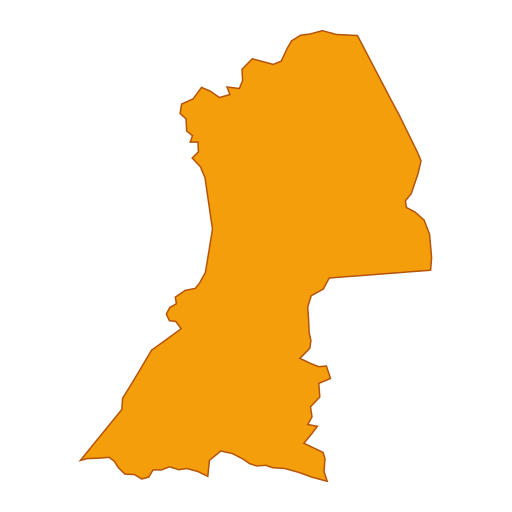 outline of Vertentes, Pernambuco, Brazil
{"feature_id": "56859067B5298585337072", "entity_name": "Vertentes", "entity_type": "district", "adm_level": 2, "iso_a3": "BRA", "parent_name": "Brazil", "parent_adm1": "Pernambuco", "projection": "mercator", "projection_center": [-35.993, -7.889], "detail": "fine", "context": "isolated", "style": "filled", "palette": "amber", "viewbox_px": 512, "rotation_deg": 0, "n_neighbors": 0, "source": "geoboundaries", "source_scale": "gbopen_adm2", "svg_char_len": 1513}
<svg xmlns="http://www.w3.org/2000/svg" viewBox="0 0 512 512"><path d="M227.0,87.0L229.9,94.6L219.4,97.5L210.1,91.0L201.5,87.4L193.2,98.8L181.6,104.1L180.1,113.5L186.0,118.8L186.7,131.0L192.5,135.7L190.2,142.1L198.0,142.1L198.4,151.9L192.2,158.0L200.4,166.8L205.0,177.7L210.9,218.4L212.5,229.1L206.7,264.7L205.3,272.7L199.5,283.1L195.3,288.4L185.2,290.4L175.3,297.1L176.4,303.6L169.8,307.5L166.3,314.1L169.4,320.7L175.7,321.4L181.2,328.7L151.5,350.3L139.1,371.2L134.3,379.3L129.4,387.3L122.6,398.3L121.8,409.5L80.4,460.4L87.4,458.6L99.7,458.1L109.0,457.3L114.2,461.1L118.4,467.7L124.9,474.1L134.5,474.6L141.8,479.0L148.8,477.1L153.0,469.9L161.4,469.9L169.5,466.8L179.0,469.7L186.7,468.5L198.1,471.6L207.8,476.4L209.4,460.4L220.8,451.0L232.3,453.5L242.9,459.0L249.5,463.6L256.5,465.9L265.7,465.3L272.6,467.7L284.7,468.5L299.5,472.6L312.0,477.2L327.2,481.3L324.0,471.5L325.0,458.7L323.0,452.4L303.9,443.3L311.6,433.9L317.4,426.3L307.8,424.5L312.0,416.8L310.5,406.8L319.8,397.0L318.8,383.4L330.5,378.5L326.4,366.0L318.8,366.7L310.9,363.6L299.9,358.4L309.8,348.3L310.9,340.5L309.2,332.9L308.5,318.3L307.7,307.1L311.2,295.7L323.3,289.1L329.2,278.0L430.6,270.2L431.6,258.0L429.6,234.4L424.1,220.1L415.1,212.1L406.4,207.5L405.4,200.9L411.3,193.5L418.2,173.1L421.0,160.8L417.5,152.4L398.8,114.2L392.0,101.7L357.4,35.5L336.5,34.5L322.3,30.7L309.6,34.1L300.6,35.2L291.6,40.8L287.4,48.0L281.2,61.2L273.3,64.4L252.3,58.8L242.0,69.3L242.6,80.5L239.4,88.5L227.0,87.0Z" fill="#f59e0b" stroke="#b45309" stroke-width="1.5"/></svg>